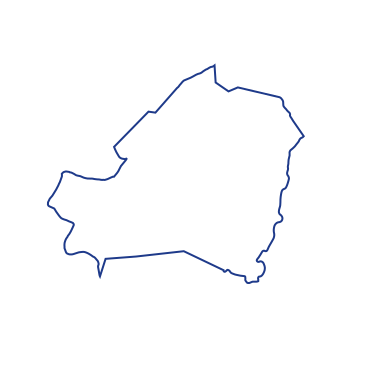 the district of Camasca, Intibucá, Honduras, rotated 132°
{"feature_id": "27666195B75939641956291", "entity_name": "Camasca", "entity_type": "district", "adm_level": 2, "iso_a3": "HND", "parent_name": "Honduras", "parent_adm1": "Intibucá", "projection": "orthographic", "projection_center": [-88.382, 14.0], "detail": "fine", "context": "isolated", "style": "outline", "palette": "blue", "viewbox_px": 384, "rotation_deg": 132, "n_neighbors": 0, "source": "geoboundaries", "source_scale": "gbopen_adm2", "svg_char_len": 5941}
<svg xmlns="http://www.w3.org/2000/svg" viewBox="0 0 384 384"><g transform="rotate(132 192 192)"><path d="M75.8,146.3L71.5,164.4L70.5,167.8L70.2,169.1L69.7,170.3L68.5,171.2L67.9,172.5L67.9,174.6L67.8,175.9L67.5,177.4L67.4,178.9L67.2,180.4L66.9,181.5L66.4,182.2L64.0,184.6L63.7,185.0L63.2,186.0L63.0,187.0L62.7,188.5L62.8,189.3L62.9,190.2L83.6,227.9L92.8,232.2L94.8,247.7L82.8,260.0L83.9,260.2L84.3,260.3L84.8,260.5L85.4,260.8L86.4,261.6L86.8,261.8L88.4,262.4L90.3,262.9L91.7,263.6L94.6,264.4L96.9,264.8L97.7,265.1L98.6,265.5L100.3,266.6L101.4,267.1L102.3,267.5L105.3,268.5L108.0,269.5L113.7,272.2L114.6,272.6L115.3,272.7L116.5,272.8L119.4,272.7L120.7,272.7L122.6,272.5L123.4,272.5L124.7,272.7L157.5,272.3L161.4,278.1L210.6,280.1L211.7,277.9L213.0,274.8L214.4,270.4L214.6,269.6L214.7,268.9L214.6,268.4L214.5,267.6L214.2,266.7L213.9,266.1L212.2,263.5L212.0,263.4L211.8,263.3L211.6,263.3L211.4,263.3L211.2,263.2L211.2,262.8L211.5,262.7L213.0,262.5L219.7,262.2L220.2,262.2L225.8,260.7L226.4,260.6L228.0,260.4L232.7,260.2L232.9,260.2L233.0,260.3L233.2,260.7L233.5,261.0L235.4,261.9L238.7,263.3L239.6,263.8L240.6,264.4L241.1,264.7L241.7,265.2L241.9,265.5L242.2,265.9L242.4,266.2L243.0,266.7L243.3,267.1L243.8,267.7L244.5,268.9L244.9,269.5L245.9,270.7L246.9,272.1L247.8,273.4L248.5,274.7L250.8,277.4L251.7,278.4L252.4,279.5L253.0,280.5L253.4,281.3L253.8,282.1L254.3,283.6L254.9,285.4L255.2,286.0L255.6,286.7L256.1,287.5L256.4,288.0L257.0,289.2L257.2,289.9L257.4,291.3L257.6,292.1L258.0,293.7L258.2,294.3L258.4,294.8L258.6,295.2L258.9,295.6L259.1,295.8L259.1,296.0L259.2,296.5L259.3,296.8L260.1,298.0L260.9,299.2L261.2,299.5L261.6,299.8L262.4,300.3L263.1,300.7L263.5,300.8L264.4,300.9L265.0,300.9L265.6,300.9L266.3,300.1L266.9,299.6L267.2,299.3L267.7,299.0L273.1,296.8L274.7,296.4L276.7,295.7L278.7,295.2L281.0,294.6L283.2,294.2L284.8,293.9L286.5,293.6L288.1,293.3L292.1,293.2L296.0,292.1L296.5,291.7L297.2,291.1L297.8,290.6L298.0,290.1L298.2,289.6L298.2,288.9L298.1,288.4L296.6,283.8L296.5,283.5L296.5,283.2L296.7,282.4L297.1,281.1L297.5,279.8L298.4,275.7L298.7,274.1L298.8,273.2L298.9,272.5L298.9,271.9L298.8,271.1L298.5,270.1L297.9,268.5L296.9,266.4L296.7,265.7L296.1,263.7L295.2,261.4L295.0,260.8L294.7,259.6L294.8,259.4L294.9,259.2L294.9,258.8L295.0,258.5L295.2,258.2L295.4,258.0L295.5,257.9L295.8,257.7L298.6,256.8L301.6,255.9L302.7,255.6L305.1,255.1L306.1,255.0L307.6,254.9L308.9,254.5L310.1,254.4L311.2,254.2L312.5,253.8L313.9,253.2L315.1,252.6L316.3,251.7L316.8,251.3L318.1,250.0L319.0,249.2L319.2,248.9L319.8,247.7L320.9,245.7L321.2,244.9L321.3,244.4L321.3,243.8L321.1,243.1L320.8,242.4L320.5,241.6L320.0,240.9L319.4,240.2L318.5,239.3L317.5,238.6L312.7,235.8L312.3,235.5L311.0,234.4L309.9,233.4L309.2,232.7L308.7,232.0L308.2,231.1L307.7,229.9L307.4,229.0L307.1,228.0L306.9,227.1L306.6,225.5L306.4,224.1L306.3,222.6L306.0,221.7L305.8,220.8L305.8,220.3L305.8,219.8L306.1,217.7L306.3,216.0L306.5,215.5L306.9,214.7L307.5,213.8L307.9,213.3L308.2,213.1L308.6,212.8L309.3,212.6L309.6,212.4L310.2,212.0L310.7,211.5L312.6,209.0L315.2,205.7L316.0,204.6L316.3,203.9L299.5,211.5L277.5,190.5L241.5,158.5L229.0,116.2L229.3,115.9L229.6,115.6L229.7,115.1L229.6,114.7L229.4,114.3L228.9,114.0L228.4,113.9L227.5,113.7L226.7,113.7L226.4,113.7L226.1,113.5L225.9,113.2L225.7,112.8L225.6,112.4L225.5,111.7L225.5,111.3L225.7,110.6L225.8,110.1L225.9,109.3L225.9,108.7L225.6,107.6L224.6,105.0L224.2,104.2L221.9,100.2L221.2,99.2L220.0,97.5L219.5,96.8L219.3,96.4L219.3,96.1L219.3,95.9L219.5,95.6L220.4,94.6L221.4,93.8L221.8,93.4L222.0,93.1L222.2,92.3L222.4,91.3L222.5,90.5L222.5,90.1L222.4,89.9L222.1,89.5L221.9,89.2L221.5,88.8L221.1,88.4L220.2,88.0L218.9,87.4L218.4,87.1L217.9,86.8L217.1,85.9L216.0,84.6L215.6,84.2L214.9,83.6L214.0,83.1L213.1,83.8L211.9,85.2L211.4,85.5L211.0,85.6L210.6,85.7L210.1,85.6L209.9,85.4L209.4,85.0L209.1,84.8L208.6,84.5L208.2,84.4L207.7,84.3L207.2,84.2L205.8,84.3L205.1,84.4L204.1,84.7L203.1,85.0L202.2,85.4L201.5,85.7L200.8,86.2L200.1,86.7L199.6,87.1L198.8,88.1L198.3,88.8L197.9,89.6L197.5,90.3L197.2,91.1L196.9,91.8L196.9,92.3L196.9,92.8L197.0,93.4L197.2,93.9L197.4,94.3L197.7,94.7L198.1,95.0L198.5,95.3L199.1,95.5L199.3,95.7L199.6,96.0L199.8,96.4L199.9,97.0L199.9,97.3L199.8,97.6L199.5,98.1L199.2,98.3L198.9,98.4L198.6,98.5L197.8,98.6L195.8,98.7L194.8,98.9L192.9,99.2L190.4,99.7L189.3,99.9L188.7,99.9L188.4,99.8L188.1,99.7L187.8,99.5L187.5,99.3L187.2,98.8L187.0,98.1L186.8,97.9L186.7,97.7L186.4,97.4L186.1,97.2L185.7,97.1L185.4,97.1L185.1,97.1L184.2,97.3L182.1,98.0L181.1,98.3L179.3,98.7L175.5,99.5L172.5,100.2L171.8,100.4L171.1,100.7L170.0,101.3L169.4,101.7L168.8,102.2L168.0,103.0L167.2,104.1L166.6,104.8L165.9,105.5L165.1,106.2L164.1,106.9L163.1,107.5L162.1,108.0L161.3,108.3L160.5,108.4L159.8,108.5L159.0,108.4L158.2,108.3L157.5,108.0L156.9,107.7L156.4,107.3L155.8,106.8L155.4,106.6L154.8,106.3L154.3,106.2L153.7,106.1L153.1,106.2L152.5,106.3L151.9,106.6L151.4,106.9L150.8,107.4L150.5,107.9L150.1,108.5L149.9,109.2L149.8,109.8L149.7,110.3L149.8,111.6L149.8,112.1L149.6,112.6L149.4,113.1L149.1,113.6L148.7,114.1L148.2,114.5L147.4,115.1L146.4,115.7L143.9,116.9L142.9,117.5L142.0,118.2L140.4,119.5L138.2,121.4L136.2,122.9L134.1,124.3L133.1,124.9L132.2,125.4L131.3,125.8L130.7,126.0L130.2,126.1L129.7,126.1L129.2,126.0L128.7,125.9L127.7,125.4L127.1,125.2L126.4,125.1L125.6,125.2L123.6,125.8L121.7,126.6L119.4,127.7L117.5,128.7L117.0,129.1L116.8,129.3L116.3,130.0L115.9,130.7L115.6,131.9L115.4,132.6L114.9,133.4L114.3,134.0L113.7,134.4L113.1,134.7L112.4,135.1L111.6,135.4L111.0,135.8L110.2,136.4L109.3,137.5L108.8,137.9L106.5,139.3L105.7,140.0L104.2,141.2L103.2,141.9L102.5,142.3L100.5,143.4L99.7,143.8L98.8,144.6L97.5,145.8L97.2,146.1L96.8,146.3L95.9,146.6L95.4,146.7L94.8,146.7L94.1,146.6L92.1,146.3L90.8,146.2L89.2,146.1L86.8,146.3L84.7,146.4L83.5,146.5L82.8,146.6L81.9,146.9L81.2,147.1L80.7,147.2L80.2,147.2L79.6,147.2L79.1,147.1L77.9,146.6L77.3,146.4L76.6,146.3L75.8,146.3Z" fill="none" stroke="#1e3a8a" stroke-width="2"/></g></svg>